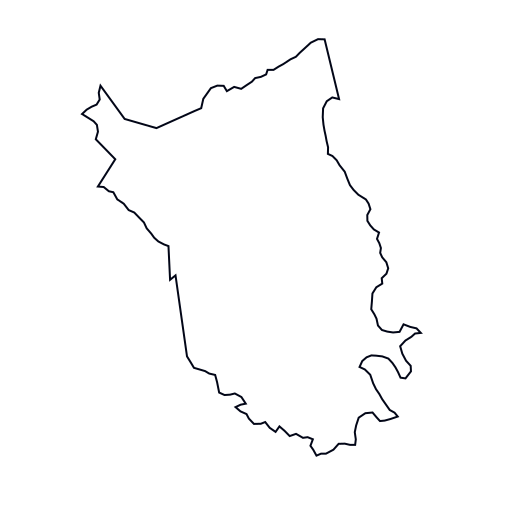 Xaxim, Santa Catarina, Brazil, rotated 352°
{"feature_id": "56859067B50522823079629", "entity_name": "Xaxim", "entity_type": "district", "adm_level": 2, "iso_a3": "BRA", "parent_name": "Brazil", "parent_adm1": "Santa Catarina", "projection": "orthographic", "projection_center": [-52.514, -26.975], "detail": "fine", "context": "isolated", "style": "outline", "palette": "ink", "viewbox_px": 512, "rotation_deg": 352, "n_neighbors": 0, "source": "geoboundaries", "source_scale": "gbopen_adm2", "svg_char_len": 2475}
<svg xmlns="http://www.w3.org/2000/svg" viewBox="0 0 512 512"><g transform="rotate(352 256 256)"><path d="M382.7,291.7L385.2,286.6L384.2,280.3L380.8,274.9L379.4,270.2L380.8,265.5L379.9,260.5L378.2,255.9L381.1,249.9L376.4,246.1L373.4,241.6L371.2,236.7L371.9,230.9L375.8,225.6L374.8,219.8L372.7,215.3L365.9,209.6L361.8,204.1L358.9,198.9L357.2,192.2L355.6,184.9L351.4,177.8L349.2,172.4L345.6,167.6L341.4,164.9L342.5,158.4L341.9,152.0L341.7,146.8L341.3,141.6L341.1,135.3L341.4,127.8L343.0,119.1L347.6,112.6L353.6,109.6L360.1,112.2L354.1,51.0L347.6,49.9L339.9,52.4L333.7,56.7L327.7,60.8L323.2,64.3L317.6,66.0L309.6,69.8L304.8,71.6L299.3,74.1L293.4,73.3L291.3,77.6L285.7,79.3L279.9,79.7L276.2,82.8L270.7,85.4L264.6,88.4L257.9,85.5L250.1,88.7L247.7,83.0L241.4,81.9L234.7,83.5L225.7,93.0L222.3,102.0L215.2,103.9L200.4,108.2L190.7,111.0L175.2,115.5L162.0,109.6L145.0,102.0L125.7,65.7L123.0,72.5L123.0,79.3L119.2,83.9L114.0,85.3L108.7,87.5L103.5,91.2L109.5,96.2L114.0,100.0L116.7,104.0L116.8,110.9L113.6,118.1L130.1,140.6L109.1,165.2L114.8,166.5L119.3,171.4L123.6,173.0L126.5,180.6L132.3,185.8L136.3,192.8L141.5,196.0L146.0,202.2L149.7,207.2L151.6,213.4L155.4,219.3L157.7,223.7L161.3,228.0L166.6,231.8L170.7,234.0L167.6,267.6L173.6,264.0L173.7,345.8L176.6,352.4L179.0,358.1L184.3,360.5L189.6,362.9L193.3,365.9L199.0,368.1L199.9,375.5L200.5,386.1L205.5,389.3L211.0,389.7L215.9,389.2L221.9,393.6L225.3,400.8L220.1,401.1L214.7,402.8L219.0,407.7L224.6,411.2L226.3,416.0L230.6,422.0L237.4,422.8L242.0,421.7L245.7,428.1L250.9,432.9L255.5,428.0L260.1,433.3L264.3,439.0L270.9,437.7L277.2,442.6L281.9,442.6L286.8,445.4L283.5,451.5L285.7,455.8L288.1,462.1L292.9,460.8L297.7,461.5L305.7,458.6L311.7,453.5L317.8,454.2L322.8,456.1L327.9,456.8L329.3,451.5L329.3,444.2L331.6,437.7L335.2,430.4L342.4,426.9L349.6,427.2L353.0,432.6L355.8,436.7L360.5,436.9L366.7,436.1L374.0,434.7L371.4,430.4L367.0,427.1L364.1,421.4L361.0,415.3L358.9,409.8L356.3,404.6L354.3,398.4L352.6,389.5L348.0,383.5L343.1,380.3L346.6,374.8L351.4,371.7L356.4,370.5L361.0,371.4L367.1,373.0L372.8,376.0L376.2,380.9L378.6,385.7L380.5,390.8L382.2,396.6L387.0,398.0L393.4,391.8L393.9,386.3L390.0,380.6L387.3,373.1L386.2,365.4L392.2,360.5L398.7,357.6L402.7,354.9L408.5,355.1L404.9,350.0L398.9,347.7L392.6,344.2L387.6,351.1L381.1,350.8L375.4,349.1L370.4,346.8L367.1,341.8L366.6,334.8L365.1,330.2L362.7,324.8L364.4,317.4L366.1,309.3L370.8,303.7L377.2,300.9L377.4,295.5L382.7,291.7Z" fill="none" stroke="#020617" stroke-width="2"/></g></svg>